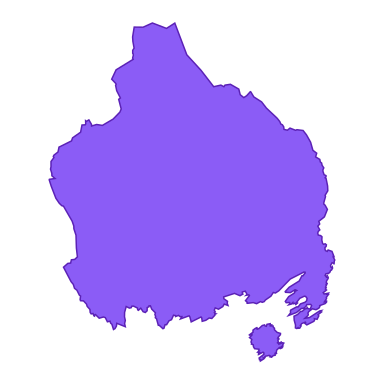 outline of Bærum nor, Oslo, Norway
{"feature_id": "86288312B1963892276689", "entity_name": "Bærum nor", "entity_type": "district", "adm_level": 2, "iso_a3": "NOR", "parent_name": "Norway", "parent_adm1": "Oslo", "projection": "orthographic", "projection_center": [10.489, 59.945], "detail": "fine", "context": "isolated", "style": "filled", "palette": "violet", "viewbox_px": 384, "rotation_deg": 0, "n_neighbors": 0, "source": "geoboundaries", "source_scale": "gbopen_adm2", "svg_char_len": 6011}
<svg xmlns="http://www.w3.org/2000/svg" viewBox="0 0 384 384"><path d="M174.8,23.1L166.5,28.4L152.4,23.0L143.1,27.2L134.2,27.1L132.6,37.0L132.9,41.5L134.1,48.2L132.7,50.3L132.7,53.3L133.1,53.7L133.3,55.3L132.6,58.1L133.2,59.3L116.1,69.8L111.7,79.2L115.8,83.5L116.1,84.4L115.6,85.3L116.7,90.7L120.4,98.0L118.7,99.3L121.2,109.0L119.9,112.1L113.1,119.1L102.4,125.4L96.6,124.5L91.6,126.0L91.5,124.4L88.9,119.9L86.4,121.3L85.6,120.7L85.7,124.0L85.2,124.8L82.0,125.0L80.6,132.2L72.6,137.8L71.5,140.9L59.0,147.1L58.0,152.0L53.9,155.2L53.3,156.5L53.9,157.6L51.0,161.5L51.0,166.8L50.5,169.1L51.8,173.3L51.9,175.8L55.0,178.5L49.4,179.3L49.2,179.8L51.2,186.1L55.9,198.3L59.3,203.3L61.8,205.7L63.5,206.2L72.1,221.1L73.8,226.0L73.9,228.8L76.0,235.2L76.4,248.0L77.4,256.9L74.7,259.4L71.4,259.8L70.6,263.1L67.8,263.4L63.5,267.2L71.1,281.7L73.3,284.4L74.5,288.3L76.9,290.2L79.4,295.2L80.6,296.0L80.1,299.4L80.5,300.7L83.5,300.9L86.5,304.1L87.2,306.4L89.9,309.4L90.2,312.5L91.2,313.9L93.0,313.5L93.9,315.8L94.5,316.1L94.6,314.9L95.4,314.5L99.2,318.2L103.4,317.0L105.3,317.6L107.4,321.8L110.0,321.2L110.6,323.1L111.9,324.3L113.5,329.5L115.0,328.6L116.4,326.2L116.8,323.3L125.3,326.7L124.6,323.6L125.3,320.4L124.5,316.8L124.6,312.4L126.2,306.5L129.4,308.1L131.2,307.7L131.8,306.2L133.5,306.1L137.4,308.0L137.7,309.8L138.4,310.3L140.8,308.2L143.1,311.7L145.3,312.5L147.1,310.8L147.2,307.5L148.9,306.8L149.0,305.9L150.4,305.8L151.7,309.1L155.4,312.8L154.9,314.5L155.6,316.3L155.3,317.7L156.5,318.7L158.3,325.3L159.1,325.2L162.9,328.7L163.9,328.3L165.1,324.7L166.6,324.7L169.0,320.8L171.5,319.7L173.5,315.2L175.5,315.6L175.6,316.5L178.5,315.4L180.0,316.6L181.8,316.6L180.5,318.9L189.1,315.8L189.9,317.0L191.2,321.9L201.0,317.0L201.7,317.8L202.2,321.3L205.8,320.3L209.2,318.0L211.8,318.5L214.9,315.2L214.8,314.4L215.9,313.8L214.9,313.5L214.4,312.5L215.3,311.9L214.3,310.2L215.2,307.9L218.5,309.2L222.8,306.6L224.2,304.1L228.0,305.5L227.2,303.3L227.5,301.3L223.8,298.7L223.7,296.9L234.5,293.4L240.0,295.7L242.9,294.1L242.3,293.2L242.3,292.0L245.3,291.2L247.1,294.4L246.1,295.3L248.8,294.8L249.4,295.6L245.5,300.7L247.2,302.2L247.0,303.1L247.4,303.3L253.3,302.6L256.6,303.7L260.4,301.6L262.3,302.3L264.2,301.6L265.4,300.0L270.9,296.2L273.3,292.5L275.4,293.0L278.7,290.9L290.3,279.0L303.8,272.1L305.1,272.2L305.2,272.9L303.0,275.8L302.0,275.7L299.2,281.0L289.1,287.3L285.2,291.6L285.5,292.3L290.4,292.6L295.1,289.7L296.7,290.4L294.7,291.6L294.7,292.6L294.0,293.3L288.7,296.6L285.3,301.4L286.2,302.7L289.6,302.5L289.9,303.7L288.9,304.7L291.3,304.1L292.9,302.5L293.2,303.8L294.9,303.2L295.8,304.5L297.5,303.0L296.6,302.4L299.8,298.3L304.3,296.2L305.6,296.4L307.1,298.4L306.6,300.8L305.1,302.2L300.5,303.9L298.1,306.9L296.6,306.9L290.8,310.0L290.4,310.9L290.6,312.8L288.5,315.5L296.5,312.5L301.4,308.5L303.5,308.3L305.7,306.7L306.8,304.6L310.7,304.4L311.6,305.6L310.2,309.0L308.1,308.7L307.2,307.5L306.8,308.4L304.7,309.1L302.3,311.3L300.5,311.5L297.6,314.5L294.0,316.2L294.2,320.2L295.5,325.0L295.4,327.9L296.7,328.5L298.6,327.1L297.9,328.3L299.7,328.2L301.1,325.9L300.4,325.4L301.7,323.6L305.3,322.1L305.6,322.4L304.9,323.4L306.8,324.9L313.9,321.3L314.6,319.9L314.4,318.7L317.1,319.3L318.8,315.9L318.0,314.7L321.4,312.1L320.1,311.8L321.4,310.6L319.7,310.9L309.4,317.6L304.9,318.3L307.9,315.6L308.3,314.4L307.9,313.2L308.7,311.6L312.4,308.8L315.9,309.7L317.4,309.0L319.1,307.9L319.9,306.4L319.7,305.6L325.1,303.6L326.5,302.2L326.7,300.5L325.7,302.2L324.3,302.0L326.1,299.3L326.6,298.2L326.3,297.3L328.5,294.4L327.1,294.3L328.1,293.2L324.1,294.0L323.2,292.7L326.5,290.0L325.4,289.1L326.2,287.7L325.5,287.2L326.5,285.0L326.1,285.2L326.1,284.3L327.0,283.3L326.3,282.7L326.5,281.0L328.1,278.5L328.2,277.2L326.7,277.3L327.2,275.7L325.9,276.4L325.1,275.5L325.9,273.8L328.7,273.2L329.8,272.4L330.7,270.3L331.5,270.1L332.6,268.1L332.3,266.9L331.8,267.7L330.7,266.9L330.6,265.3L332.1,262.7L334.0,263.5L334.0,264.5L334.3,261.0L334.8,260.0L333.3,257.3L333.2,256.5L334.0,256.6L332.0,251.4L328.1,250.0L327.2,251.4L325.5,250.6L325.0,249.3L325.0,247.5L326.1,246.5L326.4,244.8L325.2,243.8L323.5,244.3L322.6,243.4L321.8,240.0L322.0,236.8L320.7,235.6L318.3,235.1L317.7,233.1L318.3,231.4L319.8,229.9L317.8,226.2L319.7,224.0L318.8,221.3L324.4,216.9L327.4,209.4L325.1,205.2L323.8,204.0L323.8,202.7L325.5,196.6L325.1,195.3L327.8,190.8L327.6,186.0L326.1,178.6L325.1,177.8L326.0,176.8L326.0,175.6L324.1,174.7L323.0,171.5L322.9,169.8L323.8,167.9L322.1,165.3L321.6,163.0L320.3,161.9L319.8,159.4L315.6,156.9L316.7,153.2L312.9,150.3L310.6,142.2L306.5,134.9L303.1,130.5L296.9,129.7L295.6,130.3L290.0,128.1L287.4,130.2L284.0,129.4L283.7,126.8L282.4,124.8L280.8,124.0L279.8,121.6L277.2,118.3L266.4,108.1L261.6,101.9L253.8,96.9L250.8,91.9L250.3,91.7L246.7,95.7L243.8,97.6L240.2,94.7L238.8,89.1L230.4,84.3L225.0,85.1L223.9,86.7L220.9,85.1L213.7,86.7L201.0,70.3L186.8,54.8L174.8,23.1ZM270.2,323.7L267.0,324.3L266.3,326.3L265.1,326.0L264.6,324.9L262.3,325.5L258.9,328.6L257.2,329.2L256.5,328.5L257.4,327.4L255.3,328.4L253.0,330.1L253.0,332.2L248.8,335.3L251.9,334.3L252.0,335.0L249.5,337.6L251.8,339.4L251.0,342.0L251.7,343.1L251.4,344.1L253.2,344.7L253.5,346.8L254.6,348.7L258.9,349.2L258.9,350.4L258.3,351.4L258.7,351.4L257.7,352.2L259.7,352.7L258.6,353.2L258.5,354.5L263.0,352.2L263.8,352.8L263.9,354.3L259.1,358.0L259.5,359.7L261.1,359.3L260.3,360.0L260.4,361.0L263.6,359.0L263.4,358.1L264.0,358.6L265.0,357.5L265.2,356.9L264.5,357.3L265.1,356.3L269.2,355.4L270.6,356.1L270.0,356.8L271.6,357.2L273.4,355.5L275.1,355.3L275.1,354.3L277.1,353.0L274.5,353.6L276.2,352.6L276.7,350.1L279.5,347.4L280.1,347.5L280.0,348.5L280.5,348.6L282.0,347.8L281.6,347.6L282.3,346.8L280.8,347.1L282.8,345.7L282.6,345.0L283.8,343.1L282.6,342.7L278.2,344.5L281.1,342.7L281.1,342.1L278.4,343.4L277.5,342.8L278.3,341.8L277.9,340.3L278.9,339.1L278.1,338.8L279.2,338.2L278.1,338.5L277.9,337.5L280.4,334.7L280.5,333.4L277.2,332.4L274.7,330.0L274.3,329.0L274.5,328.3L273.3,327.1L273.0,325.9L270.7,325.9L271.4,324.9L270.1,325.0L270.2,323.7Z" fill="#8b5cf6" stroke="#5b21b6" stroke-width="1.5"/></svg>